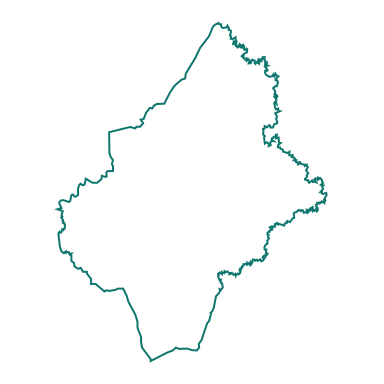 outline of Khok Si Suphan, Sakon Nakhon, Thailand
{"feature_id": "78962969B94983517253563", "entity_name": "Khok Si Suphan", "entity_type": "district", "adm_level": 2, "iso_a3": "THA", "parent_name": "Thailand", "parent_adm1": "Sakon Nakhon", "projection": "natural_earth1", "projection_center": [104.331, 17.029], "detail": "fine", "context": "isolated", "style": "outline", "palette": "teal", "viewbox_px": 384, "rotation_deg": 0, "n_neighbors": 0, "source": "geoboundaries", "source_scale": "gbopen_adm2", "svg_char_len": 5947}
<svg xmlns="http://www.w3.org/2000/svg" viewBox="0 0 384 384"><path d="M230.9,32.7L230.8,30.5L228.6,29.8L228.8,27.9L227.4,25.7L226.6,27.4L222.8,28.0L221.2,26.6L221.1,24.3L218.6,24.0L218.4,23.0L214.9,24.8L212.9,26.8L208.9,36.4L200.2,47.7L195.2,58.1L185.8,73.6L185.1,78.5L181.7,79.6L174.5,85.7L169.8,92.8L164.3,103.7L156.8,104.0L154.1,105.5L152.2,108.5L149.9,107.9L146.1,112.6L143.7,118.9L140.7,119.6L143.2,123.1L140.0,126.8L136.4,126.7L135.3,128.4L130.1,127.0L109.1,132.2L109.4,152.8L110.5,156.6L112.9,160.1L111.9,164.3L113.0,166.2L113.0,171.0L107.4,171.2L106.4,172.4L106.6,176.5L105.0,176.9L101.9,175.8L101.4,179.1L97.2,182.8L92.3,182.7L85.9,178.7L84.5,184.6L82.8,185.3L80.5,183.7L79.1,185.2L78.0,188.8L78.1,194.9L75.5,196.7L74.1,196.2L73.1,194.5L72.0,194.7L71.1,196.0L70.3,200.6L69.0,202.0L63.2,200.1L61.2,200.4L59.4,202.1L59.3,203.4L61.5,208.1L57.4,209.3L62.7,211.1L61.5,215.2L62.4,216.6L61.2,217.4L63.0,219.9L63.2,221.0L62.6,221.3L63.7,222.3L63.2,223.2L64.5,223.6L65.0,225.1L64.6,228.8L63.6,228.8L63.4,229.8L62.4,229.5L62.7,230.4L61.6,230.7L61.2,232.5L59.6,232.8L59.3,232.1L58.4,233.4L59.8,246.2L61.4,251.4L63.9,253.2L64.5,252.4L65.5,252.8L65.3,251.8L66.1,251.3L66.6,252.1L68.8,252.1L69.3,253.9L71.5,253.6L70.3,255.0L71.4,255.8L71.4,261.1L74.1,263.0L74.4,266.4L78.1,268.8L80.8,267.9L82.9,271.7L86.8,271.8L86.9,273.5L91.1,279.0L91.0,284.0L95.5,283.9L104.5,291.5L106.0,290.3L109.4,290.9L115.8,289.8L117.4,288.7L123.1,288.6L126.8,296.0L128.3,301.5L135.2,314.4L137.5,321.7L137.5,327.9L141.1,337.1L141.0,341.6L142.1,347.7L150.6,358.9L150.7,361.0L167.7,352.3L172.4,350.7L176.0,347.6L178.9,348.9L187.4,348.6L191.8,350.1L196.8,350.5L199.2,347.5L198.7,343.9L201.5,340.2L207.3,322.9L208.9,321.5L210.9,314.7L210.5,312.9L212.1,311.6L213.9,307.3L216.0,296.3L219.0,293.0L220.2,290.7L219.7,289.2L221.1,289.8L222.8,287.4L222.1,283.4L220.8,282.9L220.8,280.5L220.1,280.4L220.6,279.6L219.3,279.5L218.2,276.9L218.2,275.4L219.0,275.0L218.1,273.7L219.8,272.4L222.0,274.0L222.0,271.9L224.2,273.2L225.1,272.3L224.9,271.3L226.2,272.1L227.5,271.4L229.2,273.2L230.6,273.0L229.9,274.1L232.8,273.4L233.6,274.9L235.2,274.2L235.6,275.3L235.8,274.1L236.5,274.9L238.0,273.5L238.8,274.3L240.1,273.0L240.5,271.0L239.6,270.7L239.7,269.4L240.2,268.6L241.1,269.1L241.8,267.4L242.7,268.0L241.9,266.5L243.7,265.4L243.4,264.3L246.8,263.6L247.1,264.7L248.3,263.8L248.0,263.1L249.0,263.8L249.7,263.0L249.9,263.7L250.3,262.6L250.9,264.7L252.0,262.9L251.3,262.0L252.4,261.7L252.8,259.5L254.9,259.8L255.1,260.7L257.1,259.8L257.7,260.8L260.2,259.4L261.2,261.3L262.8,260.7L264.5,258.4L262.7,257.7L263.1,256.6L264.3,255.5L265.5,256.4L265.7,255.2L266.6,255.2L267.6,253.7L265.9,253.0L266.4,249.5L264.7,249.5L264.4,247.0L265.8,244.5L267.5,243.7L267.2,241.0L268.9,238.4L268.0,237.5L268.6,234.8L267.5,234.7L267.5,232.9L268.6,231.7L269.5,231.9L269.7,230.6L272.3,229.6L272.5,228.4L271.7,229.0L269.8,227.4L271.5,226.3L275.1,226.6L274.9,224.1L276.9,222.9L277.4,224.3L278.2,224.5L278.3,223.6L284.1,225.6L284.6,223.6L285.6,223.5L286.6,221.8L287.2,222.3L287.4,221.1L290.0,222.1L292.5,218.5L294.2,217.8L293.7,213.8L294.3,212.5L296.5,212.1L298.7,209.9L299.8,210.7L301.4,210.2L301.5,211.0L302.8,210.4L303.9,212.8L306.2,211.9L307.2,213.1L308.4,211.9L307.3,211.5L306.7,209.7L310.2,210.4L310.3,209.4L310.9,210.0L311.4,209.0L310.4,208.4L312.6,207.0L312.9,210.8L313.6,210.0L314.2,210.9L315.6,209.5L316.8,211.4L317.8,210.1L316.5,209.4L317.7,208.1L316.1,206.8L316.7,205.6L316.0,204.9L317.6,203.8L317.2,202.9L319.2,202.6L318.8,203.3L319.4,203.6L321.3,202.5L321.7,201.4L324.3,203.0L324.1,201.9L325.4,200.7L325.2,200.0L324.1,200.5L324.0,199.5L326.6,195.0L326.2,192.9L322.8,194.0L321.7,193.2L321.9,191.7L320.6,191.9L323.0,189.1L322.1,186.4L323.3,185.4L320.9,184.8L323.1,182.9L322.1,181.8L321.9,180.1L320.3,178.1L318.2,179.6L318.6,177.8L317.8,177.4L317.0,179.0L315.3,178.5L314.3,179.2L316.1,182.3L314.0,181.4L313.0,182.0L312.1,180.5L309.2,182.8L308.3,181.8L308.3,180.3L305.2,179.8L305.0,178.9L307.1,176.6L306.8,175.0L308.3,173.3L306.0,170.4L307.9,167.1L306.8,166.1L306.9,164.7L306.0,164.5L304.7,165.9L304.1,164.6L301.2,164.0L299.9,162.0L298.9,162.3L298.9,163.8L298.1,164.5L297.5,162.4L295.8,161.9L296.3,160.1L293.9,160.2L295.0,158.6L293.5,157.2L291.8,157.2L291.7,156.1L293.3,154.5L291.1,155.6L289.2,155.1L289.5,151.8L287.6,153.0L283.2,151.7L282.8,149.6L280.4,148.8L280.1,147.4L277.9,147.2L278.2,145.0L280.7,143.0L278.9,142.5L278.6,137.6L276.1,138.3L277.0,134.7L275.8,134.8L275.3,136.9L273.6,136.8L273.4,137.8L271.7,138.4L271.8,139.9L273.7,141.2L271.4,141.0L270.1,143.2L270.7,145.1L268.7,146.1L268.9,143.8L266.9,142.3L264.9,143.6L264.0,137.5L264.8,136.2L263.0,134.1L263.5,131.5L263.0,129.0L264.5,128.6L264.7,126.1L266.9,127.3L269.2,125.1L270.3,126.0L270.4,127.5L272.9,127.5L274.2,124.2L277.1,123.3L277.3,121.8L276.1,119.2L277.0,116.7L275.3,113.3L279.8,111.2L278.3,110.9L278.2,108.6L276.0,109.4L275.3,108.1L274.2,103.1L274.8,102.2L276.5,103.8L275.9,101.4L276.5,99.8L274.3,96.6L274.9,96.1L276.5,97.7L277.5,96.3L276.3,94.6L274.5,94.3L275.3,91.5L273.1,88.2L275.3,86.2L276.9,86.2L278.0,82.1L277.1,80.3L275.7,80.3L275.5,79.3L278.4,76.3L276.9,75.7L275.6,73.8L274.4,76.7L273.5,76.2L273.4,74.5L272.2,76.2L269.3,76.9L266.0,74.7L265.0,72.5L265.2,70.7L267.3,70.8L267.5,69.9L265.0,66.7L267.8,65.6L265.0,64.8L265.2,63.7L266.8,63.6L267.1,62.3L265.1,62.0L265.3,60.6L264.3,59.8L264.7,57.1L262.8,57.2L262.9,58.6L261.5,58.7L261.6,60.9L258.6,59.1L258.0,61.1L259.6,61.7L259.2,63.8L256.7,62.0L255.5,63.9L254.6,63.0L254.7,60.6L252.2,59.6L250.7,63.3L248.6,63.4L249.7,60.6L248.1,58.8L246.7,58.3L247.1,60.5L246.6,61.0L241.7,56.2L242.3,55.5L243.5,56.7L243.8,53.9L247.0,52.2L247.3,49.3L246.6,48.6L245.4,49.9L244.0,49.5L244.2,46.3L243.1,44.8L242.1,45.6L243.0,47.5L241.3,47.7L240.5,47.2L241.2,45.5L239.7,44.2L239.3,46.3L238.0,45.9L237.8,48.2L237.0,46.4L235.7,45.9L236.1,43.5L233.2,44.1L233.8,41.4L235.9,42.3L236.6,41.4L235.7,40.1L235.5,37.3L232.3,39.2L230.6,38.6L231.1,36.6L229.9,35.2L230.9,32.7Z" fill="none" stroke="#0f766e" stroke-width="2"/></svg>